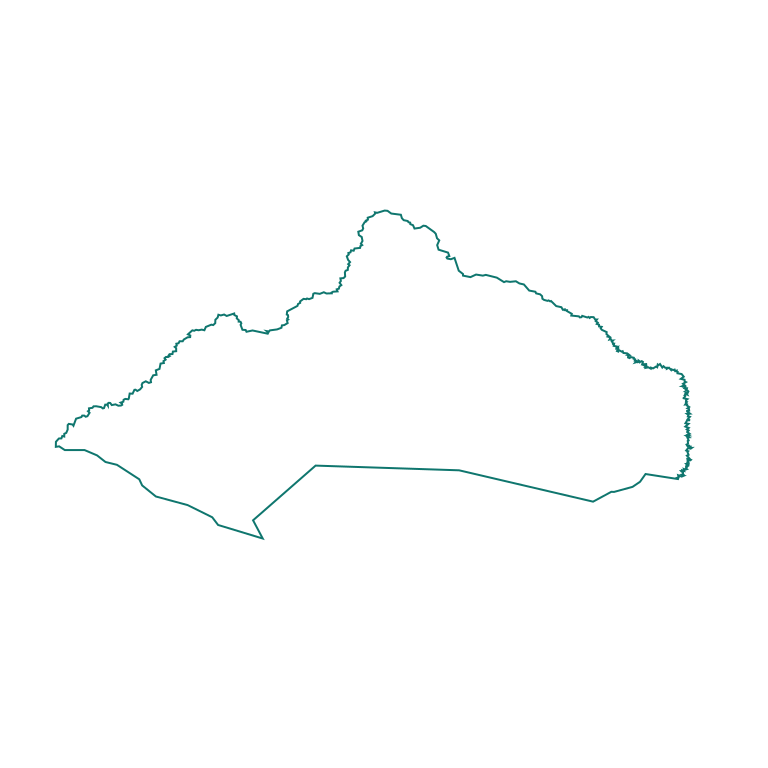 outline of Raga, Western Bahr el Ghazal, South Sudan, rotated 99°
{"feature_id": "79223893B70929244954658", "entity_name": "Raga", "entity_type": "district", "adm_level": 2, "iso_a3": "SSD", "parent_name": "South Sudan", "parent_adm1": "Western Bahr el Ghazal", "projection": "equal_earth", "projection_center": [25.202, 8.544], "detail": "fine", "context": "isolated", "style": "outline", "palette": "teal", "viewbox_px": 768, "rotation_deg": 99, "n_neighbors": 0, "source": "geoboundaries", "source_scale": "gbopen_adm2", "svg_char_len": 6042}
<svg xmlns="http://www.w3.org/2000/svg" viewBox="0 0 768 768"><g transform="rotate(99 384 384)"><path d="M475.3,438.8L457.5,296.3L467.5,159.1L454.9,142.6L454.6,139.9L446.7,122.4L440.5,115.8L432.0,111.6L431.9,77.9L431.0,80.2L430.0,78.4L428.1,79.2L428.9,75.5L427.7,73.6L427.6,74.9L426.9,74.3L426.7,75.3L426.3,74.5L423.7,75.0L424.0,76.3L423.5,76.9L423.2,75.2L422.6,75.6L422.9,73.8L421.2,74.5L421.6,73.4L420.7,71.5L420.0,72.7L418.4,71.7L418.3,73.5L417.0,70.6L416.0,70.6L416.9,71.5L415.7,73.0L415.5,72.1L414.2,72.2L413.6,70.2L413.8,71.7L411.3,72.4L412.0,71.1L411.1,71.0L411.4,69.4L410.9,69.0L410.1,71.7L409.6,70.9L407.4,73.6L406.3,72.1L403.6,73.7L402.8,73.1L402.4,75.1L399.7,73.6L399.9,71.0L399.0,70.1L399.2,71.2L397.9,71.3L398.1,72.4L397.3,72.8L397.9,74.5L396.5,75.7L395.5,74.3L392.7,75.1L392.1,74.3L389.4,76.0L389.0,74.5L387.9,77.2L387.2,74.6L386.6,76.2L385.4,74.3L383.6,77.8L383.7,76.7L382.2,75.8L381.5,77.8L379.7,76.2L378.9,79.7L375.7,77.0L375.6,80.1L372.5,78.9L371.9,76.1L371.3,78.5L368.6,76.8L368.5,78.8L366.9,78.5L366.1,80.0L365.4,77.1L363.7,80.3L362.3,80.5L363.3,79.8L362.6,78.4L360.7,79.0L360.5,80.4L359.0,79.0L357.9,81.3L356.8,81.4L357.2,83.3L354.5,82.1L354.5,83.0L352.7,83.1L351.5,82.0L351.1,86.7L350.9,85.3L348.8,84.7L347.9,86.1L348.2,84.7L346.5,84.9L347.0,82.9L345.6,84.0L345.4,82.7L343.7,82.2L343.1,83.0L343.5,84.6L342.7,83.8L341.6,85.8L341.5,84.2L340.8,84.1L341.0,86.5L339.4,86.0L339.5,89.1L338.1,87.0L337.0,88.7L334.9,86.1L334.5,87.4L332.8,87.8L332.5,91.6L329.9,89.1L327.6,91.6L327.5,95.8L326.1,95.8L325.9,97.0L325.0,97.0L325.7,98.5L324.3,99.2L325.0,100.6L324.5,102.4L325.3,102.6L323.3,105.1L324.7,107.0L323.7,107.1L324.0,108.7L322.7,110.7L324.2,111.7L321.1,114.5L322.5,115.9L322.0,116.7L324.7,116.8L324.2,118.0L326.5,120.7L326.1,122.9L327.1,122.9L326.2,125.4L327.0,127.7L326.2,127.3L326.3,128.6L325.4,128.0L325.0,129.6L324.1,128.0L323.3,128.2L324.2,132.1L321.7,131.7L321.1,133.0L322.0,134.2L321.1,136.0L322.5,135.6L321.9,137.5L323.2,136.4L322.6,137.4L323.4,139.1L321.9,138.2L321.8,140.0L320.3,139.9L320.0,141.4L319.0,141.4L318.8,144.4L320.0,145.5L319.6,147.1L318.4,147.2L317.5,146.1L317.3,147.9L316.6,146.9L315.7,148.6L315.9,152.4L314.3,153.4L314.9,154.2L313.7,157.5L315.3,157.7L315.0,159.0L312.5,158.1L311.7,158.3L312.1,159.0L311.1,158.8L312.1,160.1L310.5,160.1L310.4,163.1L308.2,163.0L308.5,164.2L306.1,165.0L306.7,166.4L305.3,165.0L305.5,166.0L304.1,167.1L304.7,168.2L302.6,167.6L301.6,169.5L302.3,169.6L302.2,170.5L301.3,169.9L299.9,172.1L297.9,172.2L296.4,177.4L295.1,178.7L293.5,178.0L293.5,180.6L291.8,180.9L291.4,183.2L290.0,182.4L288.8,184.7L287.0,183.8L287.3,185.5L285.2,187.4L285.5,190.2L286.6,191.2L285.7,192.4L286.5,193.6L285.7,198.9L287.1,199.4L287.6,201.0L286.7,202.1L287.1,209.7L285.3,209.5L283.3,214.8L282.5,214.8L282.8,217.1L282.0,217.2L282.7,219.0L280.4,220.8L280.1,226.1L275.9,232.0L276.4,232.8L275.7,234.5L276.3,235.5L275.9,239.1L275.0,240.9L272.5,241.6L271.0,243.8L270.7,247.9L269.2,248.9L269.0,255.2L263.8,261.4L263.5,266.0L261.9,269.8L263.4,275.5L263.4,279.4L264.6,281.4L261.3,289.2L260.3,300.5L261.5,303.3L261.5,310.2L264.9,315.3L264.6,322.9L263.0,323.2L260.4,327.9L248.4,334.1L250.3,337.5L250.2,341.1L249.3,342.0L248.4,341.6L247.4,339.5L244.2,341.3L242.8,351.1L238.5,353.2L233.5,351.9L231.8,354.4L227.5,356.4L226.1,358.2L221.4,367.5L221.5,369.9L224.0,372.7L225.7,378.2L222.6,380.2L222.0,383.0L220.5,383.4L220.4,385.1L219.3,386.1L219.1,390.2L217.4,392.3L214.2,393.8L214.5,403.5L212.4,407.6L212.6,410.5L216.0,417.5L215.9,419.8L217.0,419.3L220.0,421.5L222.3,426.1L224.2,425.6L225.5,427.5L226.2,427.0L227.3,428.5L231.0,430.0L233.6,428.9L235.6,429.5L237.6,433.2L240.9,432.1L242.3,429.0L246.1,427.6L249.1,428.8L250.2,427.3L251.5,428.9L253.3,428.9L254.8,434.3L257.1,434.8L257.1,437.4L259.2,437.7L260.2,439.7L261.6,439.1L263.7,440.7L267.0,438.9L268.9,436.6L271.2,438.1L272.1,436.6L274.4,437.9L277.0,437.6L278.1,439.6L279.8,440.1L283.9,439.2L285.7,440.5L286.5,443.6L289.0,442.7L291.0,443.7L293.0,441.6L294.7,443.3L296.9,443.5L297.9,445.5L299.8,444.4L300.8,448.7L301.9,450.1L302.6,449.8L303.6,455.0L302.8,457.8L305.0,461.5L305.1,466.6L305.9,467.9L310.1,468.1L311.9,471.3L311.6,473.4L312.4,474.0L312.5,476.8L315.6,479.8L317.0,479.5L318.4,481.4L320.4,481.7L327.4,491.0L330.6,490.9L331.0,489.6L332.8,489.1L334.5,489.8L335.3,488.7L336.2,489.9L338.9,488.7L341.4,491.7L342.1,494.0L344.5,494.1L346.8,498.1L348.9,505.1L350.1,505.8L350.1,508.2L351.3,506.3L352.5,506.7L351.7,522.2L353.9,528.0L352.3,529.1L352.6,532.3L348.0,534.9L346.4,534.4L345.0,535.4L345.1,537.3L343.7,537.4L342.2,539.7L340.2,539.8L339.3,542.6L337.8,543.0L341.4,550.0L340.4,552.8L341.8,555.9L341.5,558.4L344.4,558.7L346.9,560.6L350.3,560.2L352.5,561.9L352.4,563.8L355.5,568.9L359.0,569.8L358.8,572.5L359.9,575.5L359.9,578.1L361.1,579.8L361.0,581.7L365.6,585.4L366.4,582.9L368.0,582.8L368.6,585.3L371.4,588.7L373.3,589.5L373.8,592.6L375.9,593.3L376.7,595.4L378.5,594.7L380.1,596.5L381.1,594.9L384.1,594.4L385.0,597.6L387.5,597.6L388.1,600.5L389.5,601.2L390.0,600.1L391.1,601.4L391.4,603.6L392.8,604.8L394.1,603.5L395.9,605.4L397.7,604.7L398.8,607.9L404.2,608.1L406.2,611.5L410.5,610.1L411.5,613.3L416.4,615.1L418.7,614.4L419.7,616.4L418.6,619.7L420.8,622.7L422.8,623.2L424.7,622.4L427.5,624.1L429.5,626.6L428.5,628.5L428.8,629.6L432.9,630.8L433.2,633.7L438.4,633.8L439.1,634.2L439.2,637.2L440.3,638.7L442.3,638.7L443.6,641.2L444.4,639.7L445.5,639.3L446.4,640.4L447.0,643.0L446.1,646.0L447.4,649.6L445.6,651.4L445.6,652.8L446.5,653.8L448.5,653.4L447.8,654.0L448.0,656.1L451.6,656.8L452.1,657.9L451.1,659.7L451.0,664.7L451.5,667.4L453.1,668.2L454.2,671.6L456.3,671.1L457.2,672.1L458.5,670.3L462.2,671.9L463.0,673.5L462.1,675.1L462.4,677.1L464.0,677.7L466.4,682.7L473.8,684.2L472.7,685.3L472.7,689.1L474.1,690.0L478.5,689.3L482.0,690.2L483.2,692.0L485.9,691.6L485.7,693.6L488.2,694.1L488.7,696.6L492.4,699.0L497.4,698.3L496.4,695.1L499.2,688.9L496.1,669.4L499.4,656.2L504.6,646.9L505.6,635.1L516.4,610.8L522.0,607.0L530.8,591.7L534.3,559.1L542.5,532.8L549.2,525.8L555.6,479.6L539.1,492.0L475.3,438.8Z" fill="none" stroke="#0f766e" stroke-width="2"/></g></svg>